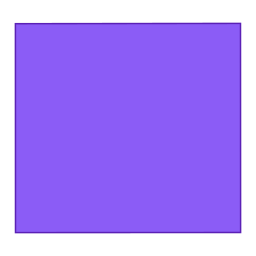 York, Nebraska, United States of America (Robinson projection)
{"feature_id": "52423323B45895335314976", "entity_name": "York", "entity_type": "district", "adm_level": 2, "iso_a3": "USA", "parent_name": "United States of America", "parent_adm1": "Nebraska", "projection": "robinson", "projection_center": [-97.673, 40.873], "detail": "fine", "context": "isolated", "style": "filled", "palette": "violet", "viewbox_px": 256, "rotation_deg": 0, "n_neighbors": 0, "source": "geoboundaries", "source_scale": "gbopen_adm2", "svg_char_len": 197}
<svg xmlns="http://www.w3.org/2000/svg" viewBox="0 0 256 256"><path d="M15.4,23.7L15.5,232.6L16.0,232.6L240.6,232.5L240.5,23.4L15.4,23.7Z" fill="#8b5cf6" stroke="#5b21b6" stroke-width="1.5"/></svg>